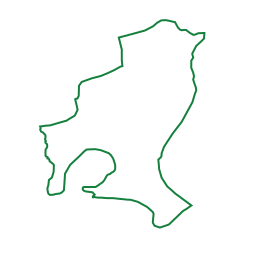 Jabal Ras, Al Hudaydah, Yemen, rotated 83°
{"feature_id": "15242507B55114277387494", "entity_name": "Jabal Ras", "entity_type": "district", "adm_level": 2, "iso_a3": "YEM", "parent_name": "Yemen", "parent_adm1": "Al Hudaydah", "projection": "orthographic", "projection_center": [43.635, 14.03], "detail": "fine", "context": "isolated", "style": "outline", "palette": "green", "viewbox_px": 256, "rotation_deg": 83, "n_neighbors": 0, "source": "geoboundaries", "source_scale": "gbopen_adm2", "svg_char_len": 3891}
<svg xmlns="http://www.w3.org/2000/svg" viewBox="0 0 256 256"><g transform="rotate(83 128 128)"><path d="M212.6,74.5L205.6,81.9L202.6,85.0L199.0,88.9L198.9,89.0L198.3,89.5L194.8,92.5L191.3,95.7L190.7,96.2L182.7,100.1L181.4,100.7L175.7,101.6L172.8,102.1L168.5,101.9L164.7,101.8L164.0,101.8L163.2,101.8L160.8,98.7L159.6,98.1L157.4,97.8L151.0,94.5L145.9,90.2L144.5,89.0L138.8,84.2L130.3,75.8L129.3,74.8L129.2,74.7L128.5,74.0L120.4,68.2L110.2,60.9L103.1,57.8L102.2,57.4L101.4,57.0L99.7,56.0L99.1,55.7L97.0,55.7L96.1,55.7L93.0,56.4L87.9,57.4L84.9,56.2L81.3,56.5L77.8,57.4L76.0,57.9L70.6,57.2L69.5,57.0L68.9,57.0L66.1,54.7L62.3,55.2L61.9,55.1L54.9,50.3L54.7,50.1L54.6,49.9L50.3,43.9L48.4,41.6L46.1,41.2L45.8,41.2L45.4,41.1L44.3,40.8L43.0,40.6L42.5,46.6L43.2,49.0L43.6,50.7L43.4,51.9L41.3,54.8L39.2,57.0L37.7,58.5L37.5,60.9L37.5,62.8L36.8,64.3L34.4,66.2L33.0,66.7L28.6,68.5L27.6,71.6L27.3,72.2L26.4,74.7L25.6,77.2L25.5,78.6L25.3,80.7L25.3,82.0L25.5,82.5L26.9,85.8L27.2,86.4L29.2,89.4L30.1,90.7L31.4,94.2L33.3,99.3L33.9,103.5L34.6,108.0L34.7,108.7L34.9,110.5L35.1,111.3L35.4,113.5L35.5,114.9L35.7,115.9L35.7,116.2L35.8,116.4L37.0,125.4L37.1,126.1L49.5,124.6L56.8,125.5L60.0,125.9L61.6,125.9L61.9,125.9L65.9,126.0L66.2,128.1L68.7,134.2L70.3,139.0L70.7,140.3L71.3,142.2L72.0,144.9L73.0,148.3L74.3,158.0L74.6,159.2L74.6,159.3L76.6,168.2L76.6,168.3L80.1,171.5L90.1,173.0L91.8,174.1L92.6,174.6L92.7,176.6L93.4,176.9L99.4,176.2L100.5,176.1L103.8,175.8L108.8,179.0L109.1,179.2L109.3,179.4L111.9,185.5L112.7,187.0L113.1,187.8L113.2,188.1L114.8,198.3L115.9,204.8L115.7,209.7L115.8,215.0L116.7,214.8L117.7,214.8L118.3,214.9L118.6,215.3L119.0,215.3L119.9,215.1L121.0,214.7L121.3,214.2L121.6,213.7L121.9,213.1L122.8,212.4L123.6,211.9L124.1,211.6L124.4,211.1L124.8,211.0L125.4,210.9L126.0,210.8L126.4,211.0L127.1,211.1L127.7,211.1L128.1,211.2L128.7,211.7L129.2,211.7L129.8,211.6L130.2,211.3L130.9,211.1L131.3,211.5L131.5,211.7L131.7,211.8L132.2,211.6L132.7,211.6L133.3,211.2L133.8,210.7L134.3,210.3L134.9,210.3L136.0,210.4L136.8,210.5L137.3,210.7L137.9,211.1L138.4,211.6L139.2,212.3L139.8,212.6L140.7,212.6L142.0,212.9L142.9,212.9L143.8,213.0L144.5,213.1L145.3,213.3L146.4,212.8L146.5,212.5L146.8,211.7L147.2,211.3L148.0,211.4L148.4,211.6L148.6,211.0L148.8,210.4L149.3,210.1L150.0,210.1L150.5,209.8L151.0,209.9L151.5,209.8L152.4,208.9L153.4,207.8L154.5,206.8L155.2,206.3L155.7,206.1L160.5,206.8L160.8,206.9L162.2,207.1L163.5,207.6L168.0,209.6L169.9,212.8L175.4,214.1L175.8,214.4L177.9,215.3L179.7,215.4L180.8,215.4L182.8,215.2L183.4,215.0L184.5,214.1L184.9,213.6L185.0,212.5L185.1,210.3L184.9,209.0L184.8,208.4L184.7,207.7L184.7,205.3L184.8,204.1L183.9,201.5L182.0,199.2L177.5,198.3L170.1,196.9L165.7,196.1L164.7,195.3L164.5,195.2L157.6,190.0L153.5,184.4L150.6,180.4L146.4,175.0L145.6,173.9L145.1,173.0L144.4,172.1L144.4,170.5L144.6,168.2L145.0,163.1L145.2,162.6L145.6,161.2L146.6,157.9L148.1,155.0L150.1,151.2L150.7,150.1L153.1,148.1L156.8,146.4L157.2,146.3L163.1,145.2L166.8,145.7L167.8,146.0L168.9,146.9L169.7,148.1L170.5,150.1L171.2,151.0L171.6,151.9L171.7,153.1L172.1,154.1L172.9,155.0L175.2,156.6L176.8,157.8L178.6,159.6L180.3,162.8L180.7,163.7L181.2,164.2L181.8,165.8L182.3,166.5L182.6,167.5L182.1,171.3L181.2,178.7L181.5,179.9L182.7,180.3L183.1,180.3L183.6,180.4L184.8,179.5L185.8,177.8L187.5,171.1L190.1,169.2L190.9,170.2L191.2,170.8L191.8,171.3L192.3,171.3L192.5,171.3L192.6,171.0L192.6,170.7L192.5,170.2L192.4,169.7L192.6,169.2L193.3,167.1L194.0,162.4L195.0,157.6L195.7,151.9L195.9,151.1L196.1,150.0L196.9,146.8L197.9,142.3L198.6,139.1L198.8,138.5L199.0,137.6L199.5,134.6L199.5,134.3L202.5,127.2L205.3,123.3L207.0,121.0L208.3,119.2L208.6,118.7L213.5,114.4L214.3,113.8L214.7,113.4L216.4,113.1L218.8,113.6L222.8,114.5L225.0,114.9L228.2,113.6L230.7,108.5L229.1,100.5L229.0,100.4L228.8,99.2L223.4,92.0L223.3,91.8L217.0,83.4L215.5,79.9L212.6,74.5Z" fill="none" stroke="#15803d" stroke-width="2"/></g></svg>